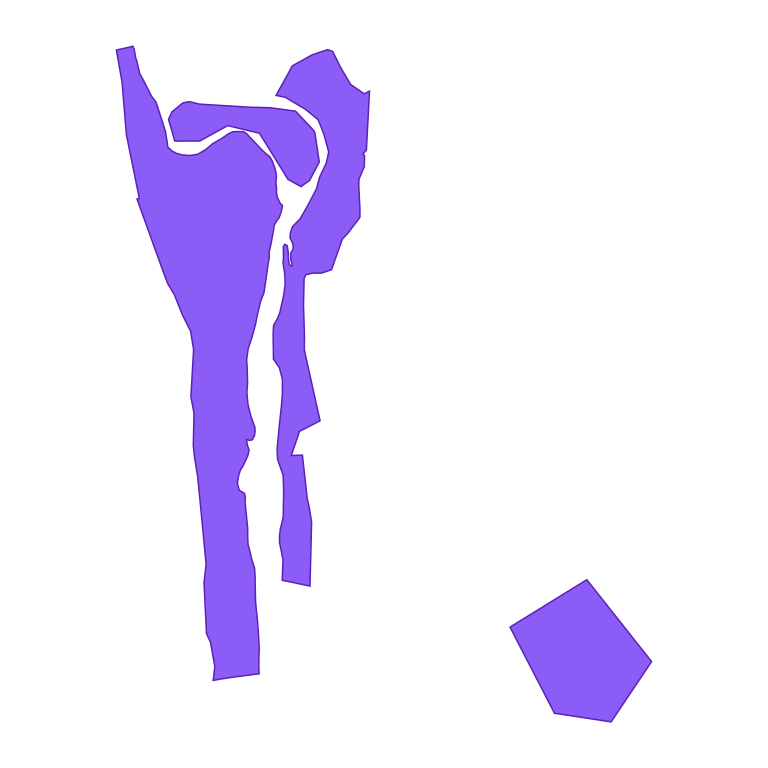 outline of Daraw, Aswan, Egypt
{"feature_id": "37247803B19070372883194", "entity_name": "Daraw", "entity_type": "district", "adm_level": 2, "iso_a3": "EGY", "parent_name": "Egypt", "parent_adm1": "Aswan", "projection": "robinson", "projection_center": [32.909, 24.391], "detail": "fine", "context": "isolated", "style": "filled", "palette": "violet", "viewbox_px": 768, "rotation_deg": 0, "n_neighbors": 0, "source": "geoboundaries", "source_scale": "gbopen_adm2", "svg_char_len": 3555}
<svg xmlns="http://www.w3.org/2000/svg" viewBox="0 0 768 768"><path d="M259.1,673.8L258.8,666.8L259.0,654.3L259.0,653.9L259.3,648.1L259.0,643.9L258.3,631.2L257.4,619.3L256.5,611.6L255.6,602.0L255.4,593.1L255.2,584.9L255.1,577.2L255.1,576.8L255.1,576.3L254.6,568.3L251.4,557.9L250.4,553.4L249.8,551.1L249.2,548.6L248.0,544.1L247.7,535.9L247.7,528.4L245.1,502.1L245.4,496.8L244.4,493.4L239.3,490.3L237.4,483.5L238.5,476.2L240.4,470.0L242.7,466.6L245.7,460.3L247.8,455.7L249.1,450.1L247.4,445.3L246.5,439.5L249.7,440.4L252.3,439.8L254.5,435.7L255.1,431.1L254.8,426.9L251.0,416.6L247.9,404.0L246.9,392.7L247.6,382.5L247.1,366.2L246.6,359.8L248.2,348.7L252.0,337.2L255.5,324.4L257.3,315.2L260.7,301.1L264.0,292.6L265.3,283.9L268.3,262.8L269.3,257.6L269.1,251.7L270.1,248.3L271.2,242.9L273.6,229.9L274.2,225.4L276.5,221.1L279.1,217.8L281.6,210.6L282.5,205.5L280.2,203.3L277.9,198.5L277.1,196.7L276.5,192.5L276.5,187.6L275.9,183.1L276.5,176.2L275.9,172.0L274.5,166.8L273.1,163.5L272.2,160.8L269.7,156.6L265.7,153.5L262.0,149.9L258.0,145.8L253.8,141.3L249.8,137.1L246.4,133.5L243.3,131.6L238.9,131.6L238.7,131.6L233.0,131.7L232.9,131.7L227.9,134.1L222.0,138.3L212.6,143.7L210.4,145.6L208.1,147.5L205.8,149.5L197.6,154.3L190.0,155.5L189.9,155.5L182.3,154.9L176.6,153.4L172.1,151.0L167.8,147.1L166.9,140.2L165.5,131.7L162.1,120.8L158.4,109.4L155.9,101.9L151.7,96.5L151.2,95.5L147.4,88.0L144.7,82.7L139.6,73.3L136.9,61.4L135.3,56.5L135.3,56.1L135.3,55.6L134.2,49.0L132.8,46.2L130.0,47.0L116.4,50.0L122.0,81.8L126.4,134.7L139.3,198.4L137.0,199.1L162.9,270.8L167.7,283.6L174.3,294.6L182.4,314.8L190.6,331.3L193.6,349.5L190.9,396.7L194.0,413.2L193.6,431.3L193.3,445.9L194.7,458.6L197.7,476.9L202.4,525.2L206.1,564.3L204.0,582.5L206.5,633.7L210.5,642.4L214.8,666.5L213.2,680.5L220.3,679.1L234.9,676.9L240.8,676.2L249.5,675.0L259.1,673.8ZM310.0,586.1L311.2,538.7L311.6,521.9L309.3,507.8L307.2,498.3L302.4,455.1L291.3,455.5L298.7,433.8L299.2,431.5L299.8,431.2L320.1,420.8L305.8,356.6L304.3,349.3L304.5,336.6L303.5,305.7L304.1,278.4L305.8,274.8L312.7,273.1L321.2,273.2L331.5,269.7L342.4,239.0L347.6,233.6L359.9,217.4L360.0,210.1L358.8,186.5L358.8,184.7L359.0,179.2L364.3,166.6L364.6,155.7L362.9,153.8L366.4,150.2L369.5,91.1L364.2,93.8L350.7,84.5L340.9,68.0L332.7,51.5L327.6,49.6L312.2,54.8L292.4,65.8L276.1,95.4L285.4,97.3L292.1,101.4L293.5,102.2L305.4,109.3L318.1,119.7L323.8,133.9L328.7,152.0L326.3,163.1L320.9,174.5L319.7,176.9L316.6,188.5L308.3,204.5L300.0,219.0L295.9,223.1L292.3,227.0L290.3,232.9L290.1,238.1L292.5,242.8L293.2,246.4L293.0,249.3L290.8,253.1L290.8,256.8L290.8,259.6L291.8,263.2L292.0,265.6L290.3,265.6L289.4,264.5L288.6,260.4L288.4,257.8L288.4,253.7L287.9,249.8L287.2,245.6L284.7,244.3L283.3,246.7L283.5,256.8L283.0,262.8L284.7,273.6L285.2,284.0L283.5,296.2L279.7,313.0L277.0,319.5L273.6,325.2L273.1,334.0L273.4,354.1L273.4,355.4L273.4,359.0L279.4,367.8L282.4,379.2L282.4,392.7L281.7,403.1L279.5,423.6L277.1,448.8L277.3,454.5L277.6,459.6L283.2,475.4L283.6,490.3L283.6,495.2L283.4,504.9L283.3,511.1L283.2,517.4L280.3,529.2L279.5,536.0L279.5,542.5L280.7,548.2L281.7,553.4L283.0,559.6L282.6,569.1L282.5,573.4L282.2,580.3L287.6,581.4L310.0,586.1ZM651.6,661.6L586.8,579.7L510.0,627.1L554.5,713.3L611.1,721.9L651.6,661.6ZM174.8,141.0L179.1,141.1L199.8,141.0L227.7,125.6L259.5,133.3L288.0,179.4L301.0,186.6L309.6,180.4L319.3,162.0L314.9,132.8L313.0,129.7L295.6,111.2L270.1,107.7L249.4,107.2L199.3,104.1L189.6,101.6L182.9,102.9L171.9,111.9L168.5,119.5L170.0,124.2L174.1,138.8L174.5,140.2L174.8,141.0Z" fill="#8b5cf6" stroke="#5b21b6" stroke-width="1.5"/></svg>